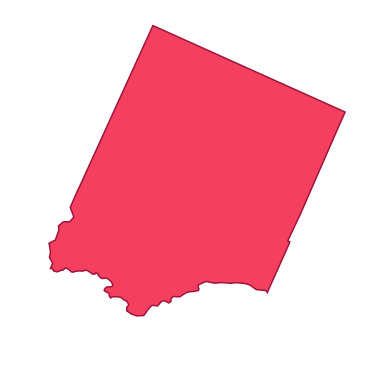 the district of Eagle, Colorado, United States of America, rotated 114°
{"feature_id": "52423323B31771107435040", "entity_name": "Eagle", "entity_type": "district", "adm_level": 2, "iso_a3": "USA", "parent_name": "United States of America", "parent_adm1": "Colorado", "projection": "equal_earth", "projection_center": [-106.318, 39.637], "detail": "fine", "context": "isolated", "style": "filled", "palette": "rose", "viewbox_px": 384, "rotation_deg": 114, "n_neighbors": 0, "source": "geoboundaries", "source_scale": "gbopen_adm2", "svg_char_len": 1418}
<svg xmlns="http://www.w3.org/2000/svg" viewBox="0 0 384 384"><g transform="rotate(114 192 192)"><path d="M197.7,82.4L197.7,84.7L169.1,84.0L79.7,84.6L56.7,84.6L55.9,295.4L231.5,296.9L237.2,297.1L255.5,297.0L263.0,289.7L268.8,291.6L271.7,297.5L277.2,300.2L280.8,298.1L291.5,297.3L296.9,301.8L304.0,297.0L309.8,295.6L313.8,290.2L319.3,290.2L318.9,289.6L319.3,287.4L320.4,286.4L319.9,282.9L317.6,280.5L316.8,279.9L315.9,278.1L313.0,276.7L312.6,274.5L313.3,271.7L314.1,270.2L313.5,267.8L311.8,266.2L310.0,263.0L309.0,260.2L306.3,256.7L306.7,252.7L307.5,249.3L306.2,247.1L304.8,246.8L305.1,244.3L306.4,243.5L307.8,239.5L305.3,234.6L306.7,229.3L308.4,227.5L309.6,226.4L310.9,226.6L312.2,228.8L313.5,231.2L315.2,232.2L316.6,232.2L317.1,232.4L318.0,231.7L318.1,230.4L318.4,226.4L320.7,225.2L321.9,223.3L320.2,222.2L318.3,218.0L317.2,214.5L318.1,210.8L318.4,207.1L320.6,203.9L324.1,204.6L327.1,203.3L328.1,197.7L327.6,191.9L324.4,185.8L315.7,184.0L311.8,182.4L310.0,177.1L306.0,175.9L303.6,174.9L302.5,172.6L302.7,170.1L302.8,168.1L301.2,167.0L299.9,166.8L298.2,167.9L294.9,166.4L293.9,163.0L292.4,160.2L289.6,158.5L286.5,156.5L284.0,153.6L282.1,149.8L279.7,146.9L279.6,146.1L277.5,146.3L276.1,147.9L273.8,148.1L271.3,145.7L268.0,142.8L266.1,134.2L263.0,128.8L259.7,119.7L256.6,114.2L253.8,105.4L253.5,100.9L255.0,93.7L251.9,84.2L253.3,82.3L200.0,82.2L197.7,82.4Z" fill="#f43f5e" stroke="#9f1239" stroke-width="1.5"/></g></svg>